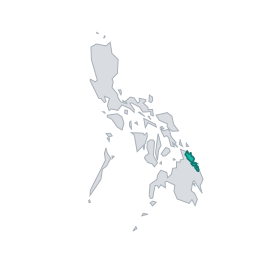 Surigao del Sur on a map of Philippines (Natural Earth projection), rotated 344°
{"feature_id": "PHL-2594", "entity_name": "Surigao del Sur", "entity_type": "Province", "adm_level": 1, "iso_a3": "PHL", "parent_name": "Philippines", "parent_adm1": "", "projection": "natural_earth1", "projection_center": [126.161, 8.696], "detail": "fine", "context": "in_parent", "style": "filled", "palette": "teal", "viewbox_px": 256, "rotation_deg": 344, "n_neighbors": 0, "source": "natural_earth", "source_scale": "10m", "svg_char_len": 5810}
<svg xmlns="http://www.w3.org/2000/svg" viewBox="0 0 256 256"><g transform="rotate(344 128 128)"><path d="M120.7,38.5L129.5,43.0L134.5,40.7L133.1,51.9L137.4,59.4L132.8,72.6L126.3,76.2L126.4,79.9L123.8,84.7L127.4,93.0L126.6,95.2L128.2,101.0L133.6,104.3L133.4,101.3L138.6,98.9L142.2,100.7L144.2,106.8L146.6,105.6L146.9,102.5L152.8,105.6L152.7,107.2L149.6,108.3L152.8,113.6L152.4,115.8L156.7,116.9L155.7,123.4L153.5,121.7L154.4,118.5L146.7,116.8L144.9,111.2L138.2,104.6L136.6,104.9L139.0,111.8L138.2,114.6L135.5,110.1L128.4,104.2L123.1,108.3L117.1,105.0L114.7,106.1L114.4,100.7L118.4,94.3L114.1,91.0L114.1,96.6L112.3,97.0L110.1,92.2L108.1,91.4L104.6,71.7L105.3,70.7L109.2,74.6L111.7,73.7L111.7,52.2L114.7,40.0L120.7,38.5ZM172.6,162.9L181.3,169.6L182.7,174.1L180.7,179.1L183.4,180.7L184.5,184.6L186.0,198.0L181.3,203.6L181.3,211.2L176.9,196.8L175.2,197.8L171.5,205.8L174.0,209.0L175.0,215.8L171.1,221.1L169.7,214.5L166.0,217.3L155.8,209.8L154.7,201.6L157.3,195.9L150.8,190.0L148.7,190.2L147.5,195.8L143.9,191.7L140.9,194.1L140.3,191.4L138.1,190.8L132.4,202.2L130.2,201.9L129.8,198.7L133.6,188.3L141.7,185.3L143.4,181.4L148.0,177.6L153.0,181.4L152.4,186.8L157.2,184.3L159.7,179.1L163.7,179.6L165.3,173.9L168.6,175.3L169.5,173.1L172.9,173.3L172.6,162.9ZM146.7,169.6L142.7,172.6L141.2,169.0L137.6,166.7L135.6,161.9L136.5,160.0L141.1,158.2L140.7,152.4L142.7,147.0L146.0,145.5L149.0,146.5L149.7,148.5L144.8,161.4L146.7,169.6ZM169.9,124.0L173.4,128.7L172.9,137.1L175.8,144.7L169.8,143.4L167.4,140.6L166.0,137.6L166.9,134.7L160.3,129.3L158.5,123.4L169.9,124.0ZM129.9,133.4L141.0,137.1L141.6,139.2L144.8,137.9L144.3,141.4L140.1,147.9L130.3,153.2L132.1,136.4L129.9,133.4ZM87.8,169.9L73.0,182.3L74.7,177.5L97.4,152.8L98.4,145.8L101.4,141.0L101.1,146.1L103.0,152.4L97.0,158.6L92.0,160.6L87.8,169.9ZM111.8,110.1L121.4,111.3L125.2,115.5L125.4,122.4L121.7,128.3L118.0,124.2L114.8,115.0L111.0,111.6L111.8,110.1ZM161.8,140.6L166.1,140.2L167.3,142.5L167.1,148.4L170.2,155.1L168.7,156.8L166.8,154.3L167.3,159.0L164.3,157.1L164.4,148.5L162.9,146.0L160.3,146.5L158.9,137.9L161.8,140.6ZM147.3,167.2L147.5,159.9L155.4,141.6L155.0,153.8L151.3,157.7L147.3,167.2ZM162.0,162.4L156.4,165.1L154.1,164.7L152.7,162.0L158.9,157.2L161.8,159.1L162.0,162.4ZM145.8,123.2L155.4,131.9L155.5,134.9L148.6,128.4L144.8,132.4L145.8,123.2ZM159.2,108.5L157.1,109.9L155.5,108.1L157.7,102.2L160.0,105.1L159.2,108.5ZM134.6,207.1L130.2,209.7L128.6,206.2L131.4,205.1L134.6,207.1ZM105.5,127.2L109.6,128.3L110.6,131.2L107.0,131.3L105.5,127.2ZM130.0,109.8L132.4,110.9L131.0,114.5L128.9,112.8L130.0,109.8ZM119.0,214.2L123.5,216.4L117.1,216.2L119.0,214.2ZM175.3,160.7L172.9,157.8L175.0,153.3L174.7,156.0L175.3,160.7ZM132.7,122.2L131.1,129.9L130.0,126.8L131.0,123.0L132.7,122.2ZM108.4,224.9L108.8,227.2L104.3,228.5L108.4,224.9ZM131.5,89.2L131.3,92.7L130.3,94.1L129.2,88.8L131.5,89.2ZM139.3,149.1L137.3,153.5L137.3,150.9L139.3,149.1ZM107.3,132.6L106.2,135.7L105.2,132.0L107.3,132.6ZM162.3,138.5L160.7,138.6L159.3,136.1L161.1,135.8L162.3,138.5ZM138.2,124.5L138.2,127.4L136.0,125.0L138.2,124.5ZM181.1,162.3L178.9,161.7L179.9,158.6L181.1,162.3ZM143.5,115.8L147.4,121.6L142.5,115.9L143.5,115.8ZM106.8,151.5L104.2,153.1L105.0,150.5L106.8,151.5ZM150.7,169.6L150.2,172.0L148.8,170.8L150.7,169.6ZM151.5,122.8L152.3,126.3L150.4,121.9L151.5,122.8ZM71.3,189.1L70.0,189.0L70.3,186.8L71.3,186.5L71.3,189.1ZM164.6,171.5L162.9,171.6L162.8,170.3L163.8,170.1L164.6,171.5ZM176.4,202.0L175.2,200.5L175.5,198.9L176.4,199.7L176.4,202.0ZM109.6,105.9L110.3,107.8L108.3,105.5L109.6,105.9ZM169.7,157.8L170.4,160.4L168.5,157.3L169.7,157.8ZM131.3,33.7L129.3,35.3L130.7,32.9L131.3,33.7ZM133.1,102.6L130.5,101.1L130.5,100.1L133.1,102.6ZM124.2,27.5L125.9,29.3L124.0,28.1L124.2,27.5Z" fill="#d9dde1" stroke="#a8b0b8" stroke-width="1"/><path d="M178.2,166.6L178.3,166.8L178.4,167.0L178.5,166.8L178.6,166.7L178.7,167.0L178.5,167.3L178.4,167.4L178.0,167.5L177.9,167.6L177.9,167.8L178.0,167.9L178.1,168.0L178.5,168.1L178.9,167.9L178.9,168.5L178.9,168.9L179.1,169.4L179.7,170.0L179.8,170.1L180.1,170.1L180.3,170.0L180.7,169.8L181.2,169.3L181.4,169.1L181.6,169.2L181.7,169.4L181.6,169.7L181.4,170.1L181.3,170.4L181.2,171.1L181.2,171.5L181.1,172.2L181.2,172.3L181.3,172.4L181.5,172.4L181.6,172.5L181.8,172.9L181.9,173.1L182.8,174.1L182.9,174.4L182.9,174.6L183.0,175.1L183.0,175.3L183.2,175.5L183.0,175.8L183.0,176.1L182.8,176.4L182.6,176.7L182.3,176.8L181.9,177.2L181.8,177.4L181.9,177.5L182.1,177.7L182.1,177.8L181.9,177.8L181.5,177.8L181.4,177.8L181.1,178.1L180.7,178.3L180.4,178.7L180.3,179.0L180.6,179.3L180.8,179.9L180.9,180.1L181.0,180.1L181.4,180.1L181.6,180.2L181.9,180.1L181.6,179.9L181.6,179.7L181.8,179.7L181.9,179.8L182.1,179.8L182.2,179.7L182.5,179.9L183.3,180.0L183.3,179.9L183.5,179.9L183.4,179.9L183.5,180.0L183.8,180.5L183.8,180.8L184.0,181.0L183.6,180.9L183.5,181.0L183.4,181.4L183.5,181.5L183.6,181.4L183.7,181.7L183.6,181.9L183.3,182.4L183.2,182.4L183.1,182.5L183.3,183.1L183.6,183.3L183.5,183.7L183.2,184.2L183.1,184.5L183.3,184.9L183.5,184.8L183.7,184.7L184.1,184.5L184.5,184.1L184.6,184.3L184.5,185.5L184.5,185.9L184.6,186.1L184.3,186.3L184.2,186.8L184.2,187.4L184.5,187.8L184.2,188.0L183.8,188.4L183.6,188.7L183.6,188.9L183.4,188.8L183.0,188.6L182.8,188.3L182.6,188.0L182.5,187.5L182.3,186.7L181.6,185.3L181.5,184.5L181.7,183.0L181.7,182.6L180.2,182.3L179.9,182.1L179.7,181.5L179.7,181.4L179.2,180.5L179.0,180.0L178.9,179.5L179.1,179.1L179.3,178.8L179.4,178.5L179.4,178.1L179.3,177.8L178.9,177.3L178.4,176.9L178.4,176.6L178.4,176.4L178.3,176.1L178.1,176.0L178.0,175.9L177.8,175.6L177.7,175.4L177.5,175.2L177.4,174.9L177.3,174.4L177.2,174.2L176.9,174.1L176.7,174.1L176.6,173.9L176.7,173.5L176.7,172.7L176.6,171.9L176.4,171.2L176.2,170.5L176.0,170.2L175.8,170.0L175.7,169.7L175.7,169.3L175.7,169.1L178.2,166.6L178.2,166.6Z" fill="#14b8a6" stroke="#0f766e" stroke-width="1.5"/></g></svg>